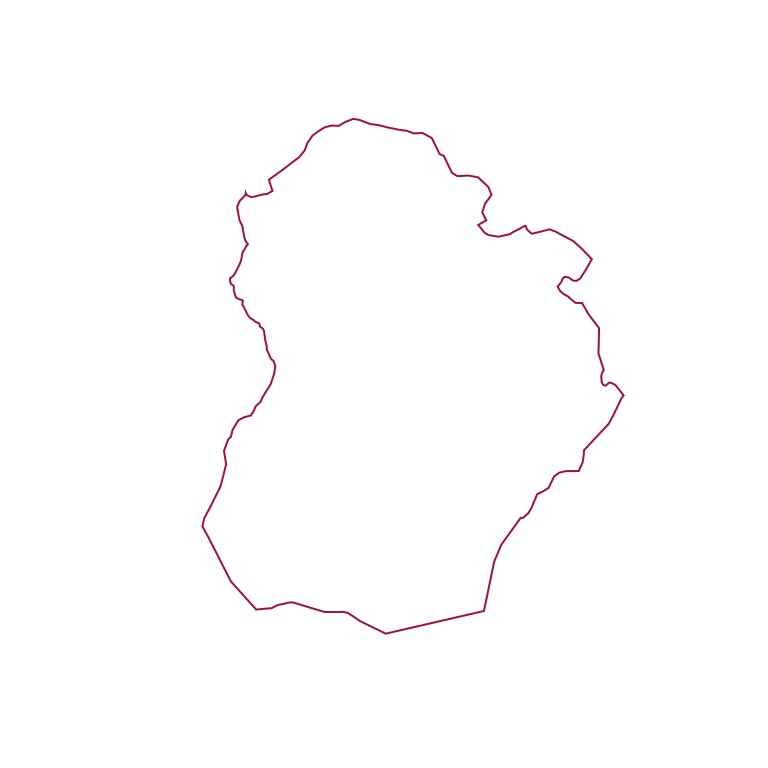 Bura', Al Hudaydah, Yemen (orthographic projection), rotated 143°
{"feature_id": "15242507B60755531991601", "entity_name": "Bura'", "entity_type": "district", "adm_level": 2, "iso_a3": "YEM", "parent_name": "Yemen", "parent_adm1": "Al Hudaydah", "projection": "orthographic", "projection_center": [43.464, 14.907], "detail": "fine", "context": "isolated", "style": "outline", "palette": "rose", "viewbox_px": 768, "rotation_deg": 143, "n_neighbors": 0, "source": "geoboundaries", "source_scale": "gbopen_adm2", "svg_char_len": 3526}
<svg xmlns="http://www.w3.org/2000/svg" viewBox="0 0 768 768"><g transform="rotate(143 384 384)"><path d="M440.8,142.6L429.2,152.7L403.1,175.7L387.2,185.0L355.5,194.8L353.4,193.4L346.9,193.9L340.9,196.2L335.0,199.7L327.9,203.8L322.0,202.6L314.8,202.0L309.5,204.9L303.6,207.8L298.4,207.8L297.6,207.8L291.0,204.9L285.6,200.8L284.8,200.2L284.6,200.0L284.0,199.6L280.8,197.3L272.5,201.9L266.6,207.7L264.3,210.7L252.3,212.8L249.3,213.4L247.6,213.6L240.6,214.9L228.7,216.9L220.0,220.9L214.5,223.7L210.2,225.9L203.3,229.5L200.8,230.3L199.5,230.7L199.8,243.8L201.5,247.6L203.2,249.6L206.3,249.4L208.1,249.3L209.4,251.3L209.2,254.1L205.9,259.4L203.3,261.6L200.1,262.9L194.3,279.4L189.4,285.5L178.6,299.2L178.6,299.8L178.7,312.0L178.7,315.8L177.1,329.5L177.5,329.6L182.3,333.7L184.0,340.7L184.2,341.3L184.1,342.6L186.6,348.2L187.3,352.3L187.0,354.7L186.8,357.2L180.6,358.9L178.3,360.5L175.1,360.9L172.2,357.6L170.8,352.8L168.2,350.6L163.8,350.1L158.7,352.1L153.8,353.8L150.7,355.2L142.9,358.6L144.5,372.1L145.7,378.3L146.8,384.2L151.8,394.9L154.6,401.0L155.2,402.4L157.2,405.4L158.6,407.8L174.7,414.6L175.7,415.5L176.1,417.5L176.7,420.7L176.7,422.5L176.1,423.4L175.8,424.5L175.9,425.3L176.7,425.7L177.8,425.8L184.2,426.7L188.9,427.6L193.1,427.8L204.0,432.8L207.6,436.6L210.8,439.9L212.6,444.1L213.0,454.3L203.8,453.2L202.3,461.9L194.8,467.2L184.3,470.3L183.4,473.7L183.1,474.8L182.1,478.7L182.9,483.4L184.4,492.0L184.4,492.3L189.6,498.0L191.3,499.8L200.3,505.8L201.8,509.6L202.5,511.4L202.6,511.9L199.0,530.1L201.2,534.2L197.8,551.7L202.1,561.2L209.6,566.4L213.2,572.3L219.0,578.0L226.3,586.2L232.1,593.5L238.6,600.0L244.4,609.3L248.9,614.2L257.4,616.6L264.8,617.4L270.1,621.8L277.0,624.7L284.7,625.4L291.6,625.4L300.2,622.5L306.6,618.3L315.2,616.2L324.5,616.2L330.6,616.1L335.2,616.1L339.1,616.1L353.0,616.4L356.9,605.3L362.8,606.1L364.5,607.1L367.2,608.5L370.8,610.1L374.6,611.5L377.5,613.3L379.3,616.0L379.8,618.7L379.5,619.8L381.0,618.3L383.3,617.9L388.0,617.3L389.3,616.8L391.4,615.9L394.8,613.7L398.3,607.0L400.9,601.6L402.1,595.3L405.1,589.6L406.8,586.1L407.4,584.7L408.4,582.3L408.6,579.8L408.6,577.5L411.3,577.0L413.0,576.1L414.7,575.3L417.8,574.3L422.7,569.6L425.2,567.7L428.4,566.0L431.2,564.5L433.9,563.3L436.1,562.2L438.4,561.2L443.2,560.9L443.3,561.0L444.2,559.9L445.3,558.3L445.9,556.0L445.6,554.6L445.0,552.9L445.7,551.5L446.8,550.3L447.7,549.1L449.5,544.3L450.2,542.3L450.0,541.9L449.5,540.6L448.4,538.3L447.0,537.0L446.7,535.2L448.1,534.1L449.5,532.4L449.5,530.5L450.3,527.4L450.2,526.0L451.1,522.9L451.3,520.4L451.3,518.5L450.9,516.4L449.7,513.8L449.3,511.2L448.9,510.2L448.2,509.3L447.2,507.5L448.4,504.2L447.9,502.7L447.4,500.7L448.0,498.5L451.8,491.6L453.1,489.3L454.0,486.6L455.3,484.4L455.5,484.1L457.1,481.4L457.8,477.5L459.0,473.2L458.9,471.0L458.3,468.8L460.2,463.4L465.7,458.2L474.8,451.9L484.0,448.5L489.5,446.2L493.5,444.0L499.4,443.6L504.9,440.6L509.3,439.0L515.6,441.6L522.2,442.7L532.5,438.5L538.1,433.9L540.6,433.7L541.6,433.6L549.7,428.4L552.0,426.9L555.1,421.1L555.9,419.5L558.5,414.7L559.2,414.2L564.3,410.1L567.5,407.5L569.7,405.8L575.3,401.3L576.1,400.7L596.4,390.5L602.9,387.5L608.5,384.9L613.0,381.0L614.8,379.5L616.6,366.6L617.2,363.5L619.4,350.7L619.7,348.9L621.0,341.7L623.7,326.4L624.1,324.2L625.1,318.2L621.8,280.7L615.1,276.7L614.7,276.4L608.7,272.6L607.8,272.5L602.4,271.6L594.1,267.8L590.2,266.0L588.6,264.5L588.3,264.5L585.5,260.7L578.0,250.4L568.6,237.6L553.1,226.0L551.9,224.3L550.8,223.5L545.6,208.6L532.9,183.6L440.8,142.6Z" fill="none" stroke="#9f1239" stroke-width="2"/></g></svg>